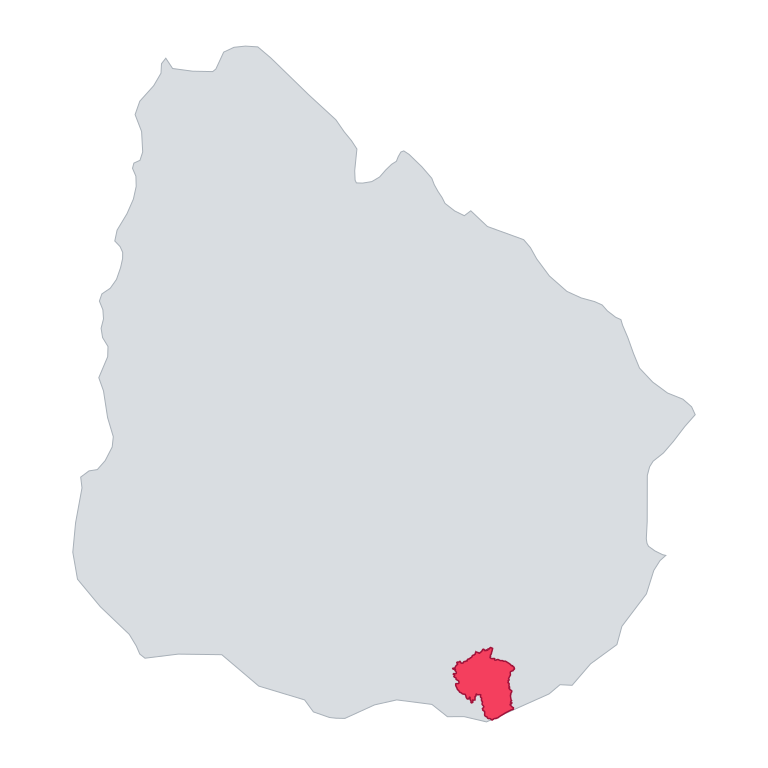 location of San Carlos, Maldonado, Uruguay
{"feature_id": "84410073B16503485399058", "entity_name": "San Carlos", "entity_type": "district", "adm_level": 2, "iso_a3": "URY", "parent_name": "Uruguay", "parent_adm1": "Maldonado", "projection": "robinson", "projection_center": [-54.965, -34.66], "detail": "fine", "context": "in_parent", "style": "filled", "palette": "rose", "viewbox_px": 768, "rotation_deg": 0, "n_neighbors": 0, "source": "geoboundaries", "source_scale": "gbopen_adm2", "svg_char_len": 7203}
<svg xmlns="http://www.w3.org/2000/svg" viewBox="0 0 768 768"><path d="M665.8,555.4L660.0,560.6L653.8,570.4L646.4,593.9L621.9,626.3L616.9,644.6L590.6,663.8L572.1,685.3L560.0,684.7L549.1,693.9L486.5,721.9L464.0,716.6L447.4,716.7L431.9,704.4L396.7,699.9L374.5,704.9L344.9,718.4L335.9,718.2L329.5,717.5L313.4,711.9L304.6,699.9L258.8,686.1L221.8,654.7L178.3,654.1L145.0,658.2L139.8,654.1L136.3,646.0L129.3,634.4L100.3,606.7L77.5,579.2L72.8,552.2L75.6,522.7L82.0,487.9L80.7,477.1L89.0,470.9L97.3,469.6L105.2,460.6L112.2,447.0L113.3,436.7L107.6,417.6L103.5,390.9L98.8,377.7L107.7,356.7L108.0,346.5L102.6,337.6L101.1,328.3L103.5,318.9L102.9,309.8L99.4,301.1L101.9,293.9L110.3,288.2L116.5,279.4L120.6,267.6L122.6,258.6L122.7,252.4L120.1,246.6L114.8,241.0L117.1,230.1L127.0,213.7L133.4,199.1L136.2,186.4L135.9,176.2L132.5,168.3L133.9,163.1L140.0,160.3L142.7,152.0L141.6,131.5L135.1,114.6L139.8,101.2L153.7,85.7L161.0,73.2L161.5,63.7L165.8,58.2L172.6,68.5L192.6,71.2L212.7,71.6L215.9,69.0L223.7,52.1L234.0,47.3L245.4,46.1L257.8,46.9L271.0,58.1L308.4,94.5L335.9,119.8L344.2,131.8L351.5,140.7L356.9,149.0L354.7,170.7L355.1,180.2L356.4,182.9L362.6,183.1L371.8,181.6L379.6,177.0L385.7,170.0L391.6,164.3L396.4,161.3L398.2,156.7L400.9,152.0L403.8,150.9L409.2,154.5L421.9,166.8L431.8,178.3L434.3,184.8L438.1,191.6L442.1,197.6L445.0,203.4L454.6,210.9L464.3,215.7L470.8,210.8L487.4,226.5L523.7,239.7L530.4,247.6L536.7,258.9L549.4,276.0L566.9,291.4L581.1,297.9L594.6,301.6L602.2,305.0L607.4,310.9L615.7,317.3L620.9,319.6L622.6,325.3L627.9,337.8L633.5,353.5L639.5,368.1L652.7,382.1L667.5,393.0L682.9,399.2L691.6,406.8L695.2,414.7L684.8,426.5L673.4,441.4L663.4,453.0L653.1,461.2L649.6,466.8L647.3,475.5L647.2,521.5L646.3,538.7L647.0,543.3L648.5,546.3L654.9,550.9L662.6,554.7L665.8,555.4Z" fill="#d9dde1" stroke="#a8b0b8" stroke-width="1"/><path d="M471.6,702.9L472.3,702.6L472.8,702.3L472.8,700.1L473.6,700.2L474.2,700.1L474.7,699.9L475.0,699.9L475.0,699.6L475.0,698.9L475.1,697.3L474.9,697.0L474.9,696.9L475.4,696.3L476.0,695.9L476.0,694.7L476.2,694.1L476.4,694.0L476.6,694.1L477.0,694.5L477.6,694.8L477.9,694.8L480.0,694.6L480.4,694.7L480.7,694.8L480.6,695.3L480.6,696.0L480.5,696.5L480.5,696.9L480.7,697.2L480.8,697.4L481.0,697.6L481.4,697.8L481.6,698.0L481.6,698.3L481.6,698.8L481.4,699.5L481.5,700.4L481.6,700.9L482.0,701.2L482.3,701.4L482.4,701.6L482.5,702.2L482.3,702.7L482.2,703.1L482.1,704.1L482.1,704.3L482.6,705.0L483.4,705.8L483.5,706.1L483.6,706.4L483.8,706.6L483.8,706.8L483.7,707.1L483.4,707.7L482.9,708.1L482.4,708.6L482.5,709.0L482.8,709.5L482.8,710.2L484.1,711.1L484.6,711.5L484.7,713.4L484.6,714.8L484.7,715.4L485.1,716.0L485.8,716.5L486.3,716.7L486.6,716.7L487.1,717.1L487.3,717.7L487.8,718.3L488.4,718.6L490.0,718.6L490.5,718.8L491.3,719.7L491.6,719.7L491.7,719.8L491.8,719.8L492.0,719.9L492.2,720.0L492.3,720.0L492.5,719.9L492.7,719.7L493.0,719.4L493.3,719.3L493.4,719.1L493.5,719.1L493.7,718.9L494.5,718.6L495.1,718.4L495.3,718.5L495.6,718.6L496.1,718.3L496.3,718.4L496.7,718.1L497.0,718.0L497.3,718.0L497.5,718.0L497.9,717.8L498.7,717.1L499.2,716.8L500.3,716.0L502.7,714.6L504.6,713.4L505.6,712.8L510.1,710.5L511.1,710.0L512.0,709.7L513.1,709.4L513.0,709.2L513.2,708.6L513.5,708.0L513.4,707.7L512.8,707.4L512.5,707.2L512.1,706.9L511.5,706.3L510.9,705.6L510.4,705.2L510.1,704.8L510.3,704.6L511.0,704.2L511.1,703.9L510.9,703.7L511.6,703.5L511.8,703.1L511.9,702.9L511.5,702.7L511.1,702.4L510.6,702.2L510.7,701.5L511.6,700.7L511.1,699.9L510.9,699.1L510.5,696.4L510.4,695.2L510.8,694.8L510.8,694.5L510.6,693.9L511.2,692.8L511.6,692.1L511.8,691.4L511.8,690.9L510.8,690.1L509.6,689.4L509.6,688.1L509.2,688.1L508.9,688.0L509.0,687.6L509.3,687.4L509.5,687.0L509.5,686.7L509.4,686.4L508.9,686.0L509.1,684.4L509.1,683.5L508.9,683.3L508.2,682.9L508.0,682.6L508.0,682.3L508.4,682.0L508.3,681.3L508.2,680.5L508.5,680.4L508.8,680.3L509.1,680.1L509.1,679.7L508.9,679.2L508.6,678.8L508.6,678.5L510.1,675.5L510.4,675.1L510.4,674.3L510.2,672.7L510.3,672.1L510.6,671.7L511.2,671.3L512.3,670.9L513.1,670.6L513.1,670.2L514.3,669.2L514.5,668.8L514.4,668.5L514.1,668.3L514.2,667.9L514.1,667.3L513.8,667.0L512.5,666.1L512.5,665.7L512.0,665.8L511.5,665.6L510.9,665.0L510.5,664.5L509.2,663.5L505.5,661.2L504.7,661.2L503.9,661.3L503.3,661.2L503.0,660.8L502.7,660.6L500.4,660.6L500.0,660.5L498.4,659.6L498.1,659.5L497.6,659.5L497.1,659.6L496.5,659.8L496.0,660.2L495.5,660.2L494.9,660.1L494.7,659.9L494.6,659.4L494.7,658.7L494.3,658.5L493.8,658.5L492.2,658.6L491.1,658.4L490.5,658.1L490.3,657.9L490.2,657.3L490.0,657.1L490.6,656.3L490.6,656.1L490.4,655.9L490.4,655.0L491.1,654.3L491.4,653.5L491.6,652.4L491.8,651.5L492.1,651.0L492.2,650.0L492.4,649.6L492.6,648.4L492.4,648.3L492.3,648.2L492.0,648.1L491.8,648.0L491.4,647.9L491.1,647.8L491.0,647.6L490.8,647.5L490.6,647.5L490.1,647.8L489.5,648.3L489.1,649.0L488.1,648.9L488.0,649.4L487.7,649.9L487.6,650.2L487.3,650.1L486.8,650.1L486.6,649.9L486.2,649.9L486.1,650.0L485.9,650.6L485.3,650.5L484.8,650.6L484.5,650.2L484.3,649.9L484.2,649.7L484.0,649.4L483.7,649.3L483.3,649.2L483.2,649.4L483.1,649.5L482.8,649.5L482.6,649.6L482.6,649.8L482.4,650.3L482.3,650.5L482.1,650.7L482.1,650.8L481.9,651.0L481.7,651.1L481.5,651.4L481.2,651.6L480.7,652.3L480.3,652.5L480.1,652.5L479.8,652.8L479.6,653.2L479.4,653.3L479.0,653.2L478.6,652.8L478.0,652.5L477.7,652.5L476.9,652.2L476.6,652.1L476.3,652.1L476.1,652.1L475.9,651.9L475.8,652.3L475.6,652.6L475.3,653.1L475.3,653.3L475.3,653.5L475.3,653.8L475.1,654.2L474.8,654.4L474.2,654.7L474.1,654.8L474.0,655.0L473.8,655.0L473.1,655.2L472.7,655.4L472.2,655.9L472.1,656.0L472.1,656.3L472.0,656.7L472.0,656.8L471.4,657.3L471.1,657.6L470.7,657.7L470.2,658.0L470.0,658.3L469.9,658.4L469.2,658.8L469.0,659.0L468.3,659.0L468.1,659.0L467.9,659.4L467.7,659.5L467.3,659.8L467.2,660.2L467.2,660.3L467.2,660.5L467.1,660.9L466.6,660.9L466.4,660.9L466.0,661.1L465.6,661.4L465.4,661.3L464.8,661.5L464.2,661.5L463.8,661.8L463.6,662.0L463.4,662.4L463.2,662.8L463.0,663.0L462.7,663.2L462.2,663.1L461.6,663.2L461.1,663.1L460.5,662.0L460.0,661.3L459.9,661.3L459.1,661.9L458.7,662.1L457.9,662.1L457.3,662.1L457.0,662.3L456.8,662.6L456.9,663.1L457.4,663.6L457.6,663.9L457.6,664.2L457.3,664.6L456.8,664.9L455.6,666.3L455.3,667.0L455.1,667.6L454.7,668.0L454.2,668.1L453.2,668.2L452.7,668.4L452.8,668.8L453.2,669.1L453.5,669.2L453.8,669.3L454.2,669.1L454.8,669.0L455.2,669.1L455.4,669.3L455.4,669.7L455.1,670.3L455.0,670.6L455.5,671.0L456.0,671.6L456.2,672.1L456.3,672.7L456.3,673.2L456.2,673.4L455.8,673.6L454.8,673.8L454.4,673.6L453.9,673.5L453.4,673.9L453.3,674.3L453.6,674.6L454.4,675.0L454.6,675.4L454.4,676.0L453.9,676.6L454.2,676.9L454.5,677.2L455.5,677.7L456.0,678.0L456.1,679.4L456.7,679.8L457.8,680.4L458.5,680.8L458.6,681.2L459.0,682.0L458.9,683.0L458.7,683.4L458.3,683.6L456.1,683.6L455.7,683.9L455.7,685.3L456.2,686.7L456.4,687.0L456.9,688.0L457.4,689.4L459.1,691.1L459.6,692.1L461.3,692.9L462.3,693.8L462.9,694.0L464.0,694.2L464.8,694.2L465.2,694.4L465.7,695.6L466.1,696.8L466.1,697.1L466.4,697.8L466.7,698.1L467.1,698.8L467.6,699.0L468.0,699.1L468.6,698.8L468.9,698.4L469.1,698.1L469.3,697.7L469.5,697.2L469.8,697.2L470.1,697.5L470.1,699.6L470.6,700.0L470.6,700.6L471.1,701.0L471.0,702.5L471.6,702.9Z" fill="#f43f5e" stroke="#9f1239" stroke-width="1.5"/></svg>